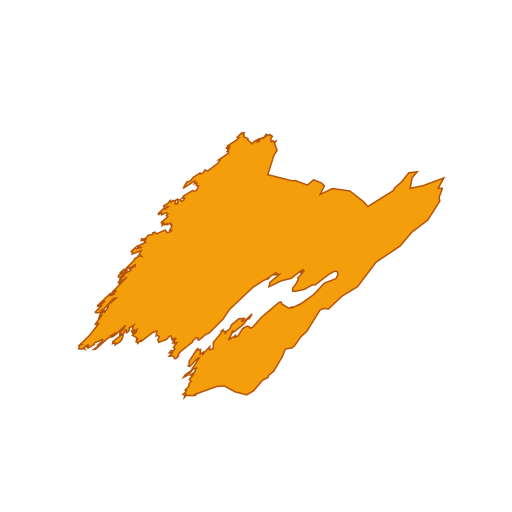 Fræna nor, Møre og Romsdal, Norway (Equal Earth projection), rotated 325°
{"feature_id": "86288312B12375056094040", "entity_name": "Fræna nor", "entity_type": "district", "adm_level": 2, "iso_a3": "NOR", "parent_name": "Norway", "parent_adm1": "Møre og Romsdal", "projection": "equal_earth", "projection_center": [7.135, 62.879], "detail": "fine", "context": "isolated", "style": "filled", "palette": "amber", "viewbox_px": 512, "rotation_deg": 325, "n_neighbors": 0, "source": "geoboundaries", "source_scale": "gbopen_adm2", "svg_char_len": 6114}
<svg xmlns="http://www.w3.org/2000/svg" viewBox="0 0 512 512"><g transform="rotate(325 256 256)"><path d="M338.1,167.4L337.0,164.4L335.4,164.3L334.0,162.0L331.6,163.2L334.1,163.5L329.8,163.7L330.3,163.2L327.1,162.4L324.3,163.9L322.2,163.1L326.7,161.8L319.8,161.1L317.2,161.9L315.9,156.0L316.8,155.3L314.4,151.2L315.8,149.9L315.2,148.8L316.9,148.4L315.3,146.9L308.8,147.9L309.7,149.2L305.9,149.9L296.2,149.4L296.7,150.1L292.9,150.6L296.4,151.6L293.5,152.3L295.2,152.7L292.3,153.8L293.6,154.3L292.4,156.0L280.6,155.8L281.9,156.6L278.3,158.1L265.3,158.7L263.5,156.2L259.8,157.8L257.2,156.5L257.6,155.9L249.6,155.6L245.2,156.8L241.6,155.7L235.1,158.8L248.9,159.3L249.1,160.5L246.8,161.4L249.4,162.5L247.4,164.1L249.3,165.5L246.0,167.7L242.7,168.0L241.8,166.0L231.2,165.3L228.5,166.3L230.8,167.6L228.6,168.9L226.2,168.3L226.6,166.4L224.4,165.3L221.7,168.3L219.1,166.7L220.8,166.8L220.9,164.5L225.0,164.3L220.8,164.2L219.8,162.7L217.1,163.2L217.6,161.3L213.4,162.4L209.2,161.9L208.9,163.1L212.3,165.3L208.2,165.6L208.1,164.0L200.2,165.2L200.2,166.4L203.6,166.5L202.4,168.1L207.6,169.1L208.1,170.9L205.9,171.3L206.4,173.1L198.0,174.1L199.2,175.4L197.3,175.6L198.0,176.5L196.9,177.2L199.3,177.2L199.0,178.0L201.8,178.6L201.2,179.4L204.9,180.1L204.0,181.6L204.9,181.8L204.4,183.4L200.1,185.3L201.8,186.6L200.9,187.2L196.6,186.1L196.5,182.6L187.1,180.8L187.0,178.6L184.9,177.8L184.5,178.9L182.8,178.6L179.8,177.2L175.6,178.3L172.6,177.1L171.7,175.6L172.2,176.7L170.8,177.6L174.9,179.4L172.8,180.1L173.4,181.6L163.2,179.6L165.3,180.4L165.8,181.3L164.9,181.3L166.7,183.0L165.9,183.0L161.6,180.9L161.9,179.8L155.7,180.8L157.8,181.2L155.6,183.4L165.1,185.8L161.4,187.6L162.1,190.7L159.3,188.2L157.3,189.2L155.1,188.4L154.4,189.5L142.3,191.6L145.5,192.7L145.0,193.6L152.1,193.9L151.3,195.2L149.6,194.9L150.1,194.2L145.1,195.1L145.1,195.9L138.9,195.3L138.7,194.5L142.9,193.6L139.1,193.4L142.0,192.7L140.2,191.2L135.2,191.8L134.4,192.8L138.2,193.2L132.4,193.0L131.2,194.0L132.1,195.3L135.9,195.7L135.4,195.0L137.4,193.7L137.1,194.5L138.3,194.5L137.8,195.6L135.5,196.8L131.3,196.7L130.5,197.5L132.6,197.9L128.9,198.4L129.8,199.0L127.3,199.7L138.2,199.3L118.2,203.0L118.3,204.3L122.5,204.2L116.7,205.2L117.2,205.8L114.2,204.8L117.5,203.8L114.9,203.2L97.8,205.7L97.5,206.4L101.2,206.0L106.7,206.2L98.8,207.2L100.5,208.3L92.2,209.7L92.3,210.8L96.6,213.2L99.5,212.5L98.6,211.8L101.2,212.2L114.8,208.9L117.4,210.4L105.3,211.3L104.1,212.0L106.6,211.9L105.4,213.3L100.1,215.2L98.8,215.3L101.3,213.8L94.6,214.5L92.2,216.3L96.4,216.0L85.7,219.5L87.0,220.1L84.9,220.8L89.1,221.0L73.5,225.7L61.4,227.6L62.3,228.4L59.3,227.8L59.2,229.2L57.4,230.2L60.0,232.4L62.4,232.5L62.0,233.7L62.4,234.4L62.6,232.5L66.4,232.1L67.2,232.5L64.5,233.5L66.7,233.6L65.6,235.1L72.7,235.7L73.9,234.5L82.4,236.4L82.0,237.3L75.4,238.3L75.8,239.2L69.6,239.5L71.1,240.3L87.6,238.4L93.1,239.1L91.7,238.0L98.1,238.6L90.6,239.8L95.2,239.9L109.4,237.9L105.1,240.0L100.5,240.2L101.0,241.8L99.3,241.8L98.6,243.6L89.7,244.0L88.2,245.5L91.2,245.9L89.9,246.1L90.6,247.0L89.6,247.9L95.5,248.3L98.8,247.2L101.7,244.7L99.6,243.2L102.5,243.6L106.6,241.8L107.3,242.4L105.7,244.6L107.2,244.8L110.1,243.8L110.7,242.1L116.5,242.5L113.5,244.0L113.2,246.0L112.3,246.0L113.7,247.1L110.7,246.7L110.8,248.8L116.5,247.9L114.3,249.7L109.3,250.0L111.4,254.6L110.4,255.7L111.3,255.7L110.9,256.6L108.0,257.5L109.3,257.7L109.0,259.9L111.5,259.0L113.2,259.0L112.8,260.1L127.4,259.4L131.7,260.6L128.3,264.2L129.8,264.6L130.6,266.4L127.3,268.6L126.8,271.0L134.9,273.0L139.5,272.0L140.6,272.8L139.3,275.7L142.3,276.7L138.5,277.4L143.8,277.3L138.2,279.4L139.9,279.8L138.9,280.9L142.3,281.5L135.9,283.4L136.5,285.4L133.6,286.3L132.3,284.8L129.4,285.5L132.0,287.2L127.4,288.2L130.9,290.5L130.4,293.4L131.5,294.1L135.3,293.5L135.2,292.4L139.7,290.9L154.3,290.1L156.8,288.9L160.5,288.9L161.5,290.2L160.3,291.4L161.1,292.2L169.5,291.4L173.3,292.2L192.8,288.8L203.8,284.6L235.3,279.9L248.7,280.4L254.1,282.0L252.6,280.9L262.9,281.1L263.0,282.0L260.7,282.2L264.7,284.5L252.3,285.6L248.9,288.6L262.7,290.9L271.9,294.5L284.8,293.8L286.1,294.3L283.0,295.1L283.1,296.1L286.2,294.7L285.6,296.0L287.2,295.8L277.5,298.1L277.0,299.5L273.1,301.6L267.5,303.5L265.9,305.7L267.3,307.2L276.2,311.0L285.6,312.0L288.0,313.6L305.6,312.8L311.5,313.5L313.6,315.1L312.9,318.0L308.4,320.4L296.3,317.4L281.4,320.7L263.0,320.9L264.5,320.5L256.2,319.4L255.6,318.9L256.3,318.4L252.8,317.5L249.7,310.1L250.1,307.9L248.2,307.2L225.7,309.3L212.0,312.5L209.6,311.5L209.9,310.0L208.5,308.4L203.5,307.7L195.4,311.2L192.3,310.6L193.7,309.3L185.9,309.2L186.2,308.0L188.4,307.7L193.7,304.0L194.4,304.6L193.6,305.4L194.6,305.5L206.7,304.8L212.9,302.7L214.5,303.5L219.5,301.2L212.3,302.3L206.2,301.5L210.4,300.2L205.9,297.6L196.4,298.3L193.2,300.5L188.2,300.9L185.8,302.4L187.5,300.0L185.4,298.5L186.6,297.6L184.5,297.5L183.0,299.2L171.4,302.3L167.9,307.4L164.1,306.1L166.1,303.7L156.2,306.0L157.7,304.5L154.0,304.5L157.1,300.8L154.5,300.0L155.3,298.6L154.0,298.5L140.9,303.9L138.6,307.0L137.4,307.0L138.3,308.6L149.4,306.3L151.2,306.8L136.7,312.8L130.0,312.7L127.1,313.8L132.6,314.6L140.0,312.5L143.8,313.8L141.3,314.0L139.8,315.6L140.6,315.8L133.1,316.1L137.8,316.9L130.5,318.9L131.0,321.5L128.1,322.0L126.2,324.2L121.2,325.2L122.1,326.0L120.1,327.2L115.9,327.5L119.1,327.9L119.4,329.4L117.3,329.5L116.1,330.8L118.6,330.1L124.4,334.3L127.2,334.5L125.3,335.4L129.0,335.0L148.3,340.1L152.3,342.2L155.6,344.6L160.9,355.2L168.7,364.4L176.6,365.1L190.0,361.5L196.2,362.4L198.0,360.9L204.3,360.6L219.6,353.6L226.8,349.0L232.9,352.0L236.3,351.6L246.0,348.0L254.2,346.9L277.7,336.9L281.8,338.0L284.7,341.0L303.6,338.2L321.5,339.4L350.8,329.9L379.5,330.5L397.3,325.9L417.3,325.1L438.1,316.4L439.6,313.0L447.4,307.5L444.1,305.0L454.6,299.8L433.3,294.2L421.1,289.0L428.7,281.5L436.4,279.5L428.9,275.5L417.9,278.7L408.1,279.9L406.0,281.2L375.9,279.6L375.3,273.4L370.2,256.6L357.2,244.5L343.8,242.4L352.4,237.7L351.3,233.5L346.9,226.6L338.8,227.4L331.6,216.9L328.4,214.8L312.3,196.1L328.4,183.8L333.8,181.6L335.7,174.6L338.2,173.2L335.8,172.9L336.1,171.4L334.0,170.9L335.5,168.3L338.1,167.4Z" fill="#f59e0b" stroke="#b45309" stroke-width="1.5"/></g></svg>